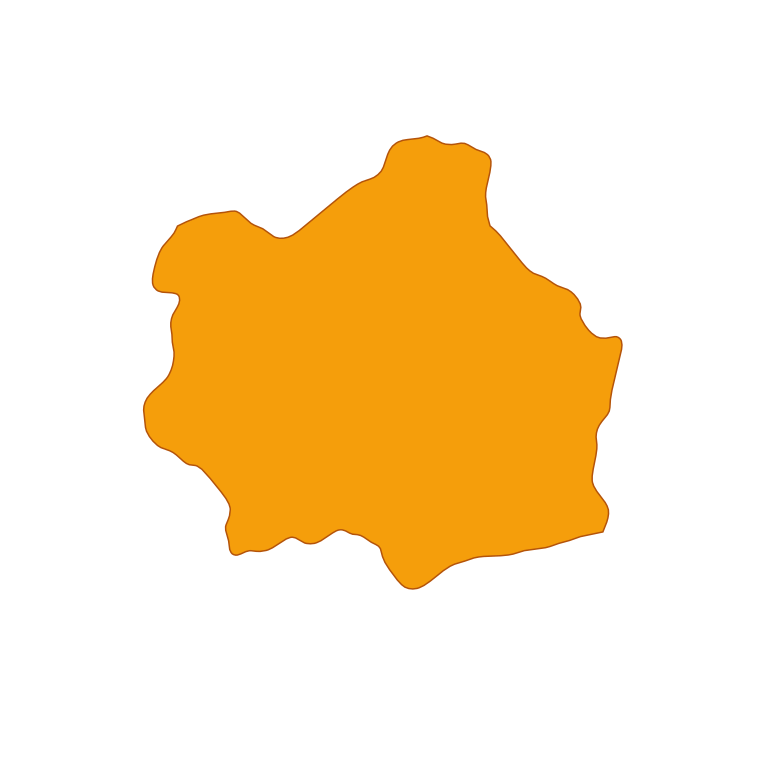 outline of El Valle, Hato Mayor, Dominican Republic, rotated 231°
{"feature_id": "3306468B49446780717545", "entity_name": "El Valle", "entity_type": "district", "adm_level": 2, "iso_a3": "DOM", "parent_name": "Dominican Republic", "parent_adm1": "Hato Mayor", "projection": "equal_earth", "projection_center": [-69.377, 18.943], "detail": "fine", "context": "isolated", "style": "filled", "palette": "amber", "viewbox_px": 768, "rotation_deg": 231, "n_neighbors": 0, "source": "geoboundaries", "source_scale": "gbopen_adm2", "svg_char_len": 3315}
<svg xmlns="http://www.w3.org/2000/svg" viewBox="0 0 768 768"><g transform="rotate(231 384 384)"><path d="M636.7,322.9L635.0,319.5L633.4,315.8L632.3,311.2L630.2,299.3L629.5,296.9L627.5,292.2L623.7,285.7L619.3,279.5L614.7,273.7L611.5,270.3L608.0,267.6L606.0,266.7L604.1,266.2L600.3,266.4L598.5,267.0L595.1,269.3L588.2,276.7L585.3,279.0L583.8,279.8L582.0,280.0L580.5,279.7L577.7,277.9L575.4,275.0L573.7,271.4L570.7,263.5L568.5,260.0L565.8,256.9L562.7,254.4L556.0,250.4L549.7,245.8L541.0,241.0L537.6,238.2L534.4,234.9L531.4,231.3L528.8,227.3L526.6,222.9L525.7,220.5L525.1,218.1L524.4,213.2L523.8,200.8L523.2,195.9L522.1,191.1L520.3,187.1L517.9,183.6L515.0,180.8L500.3,171.3L496.7,169.7L490.8,168.6L484.8,168.5L478.8,169.3L475.0,170.6L466.9,175.5L463.4,177.0L459.6,178.0L450.2,179.5L446.7,180.4L443.8,181.9L439.2,186.3L437.7,187.2L432.4,188.8L420.1,189.5L402.8,189.5L394.4,189.1L388.3,188.0L384.4,186.4L382.9,185.3L378.8,181.0L376.7,177.7L373.9,172.6L372.8,171.1L369.9,168.9L359.8,164.5L352.4,159.9L349.2,159.1L347.5,159.2L346.0,159.8L344.5,160.9L343.4,162.3L342.1,165.7L340.7,171.1L339.2,174.4L338.2,175.7L334.4,179.4L331.9,182.3L328.8,187.7L328.0,189.7L326.9,194.3L325.1,210.5L323.8,214.5L322.8,216.2L320.1,218.4L310.4,222.3L308.9,223.4L306.2,226.2L303.9,229.7L303.1,231.7L301.9,236.3L300.6,250.4L299.9,254.6L299.2,256.6L298.2,258.3L297.0,259.7L294.2,261.6L289.7,263.5L287.0,265.1L283.7,268.5L281.0,270.5L277.8,271.9L269.1,274.5L264.5,276.6L261.4,277.7L258.3,277.6L250.7,274.2L244.8,272.5L236.3,271.5L223.4,271.0L217.1,271.4L213.0,272.4L209.5,274.5L206.6,277.4L204.3,281.1L203.5,283.2L202.3,288.3L201.7,296.2L201.6,312.6L200.8,320.6L199.6,325.4L195.5,335.5L192.3,344.3L190.0,348.7L187.3,352.9L177.0,366.8L172.9,373.0L170.6,377.3L166.2,388.2L155.1,406.6L153.2,410.9L150.1,419.6L145.7,429.6L141.8,440.6L131.3,461.0L136.5,470.2L139.0,473.7L141.8,476.8L145.0,479.2L148.8,480.6L152.7,481.3L166.7,481.8L172.6,482.7L176.4,484.1L178.2,485.2L181.5,487.9L186.1,492.9L195.0,503.6L199.6,508.5L202.8,511.2L209.4,515.5L212.3,518.3L214.7,521.6L216.5,525.4L217.8,529.8L219.6,538.3L221.2,542.0L223.6,544.8L229.5,550.2L235.7,557.2L261.5,590.5L264.6,593.5L268.0,595.5L269.7,595.9L271.4,595.8L273.0,595.3L274.5,594.4L275.6,593.1L280.0,585.2L283.8,580.9L287.2,578.8L292.9,577.3L297.0,576.9L303.0,577.0L310.6,578.2L313.9,579.5L315.3,580.5L319.7,585.2L322.7,586.9L328.2,588.0L334.0,588.0L337.8,587.4L341.6,586.2L351.3,580.5L355.0,579.1L364.4,576.2L368.2,574.4L376.0,569.8L380.3,568.5L384.7,567.8L391.5,567.5L425.9,567.7L432.7,567.2L440.2,565.9L448.9,569.8L458.6,576.6L465.5,580.7L468.8,583.5L471.9,586.8L481.9,599.5L486.4,604.4L489.6,607.1L491.4,608.1L495.2,608.9L497.1,608.8L500.7,607.7L508.4,603.1L517.0,599.8L520.2,598.1L522.7,595.4L525.5,590.4L527.6,587.1L531.6,582.8L534.8,580.6L544.1,576.8L549.7,573.6L551.1,569.7L553.1,565.6L559.2,556.0L561.5,552.0L563.1,547.5L563.5,545.1L563.5,540.3L562.2,535.6L560.2,531.5L552.9,520.0L551.1,515.7L550.5,511.0L550.8,506.3L552.0,502.2L554.9,494.3L555.9,489.3L556.5,484.0L557.0,475.8L557.1,464.7L556.6,414.6L557.2,406.7L558.5,401.7L560.5,397.7L563.0,394.5L566.1,392.0L567.9,391.1L580.9,387.5L589.1,383.1L592.7,381.7L607.7,379.3L611.0,377.9L612.4,376.7L614.7,373.6L617.7,368.2L625.2,356.5L628.7,350.1L630.5,345.6L634.4,332.6L636.7,322.9Z" fill="#f59e0b" stroke="#b45309" stroke-width="1.5"/></g></svg>